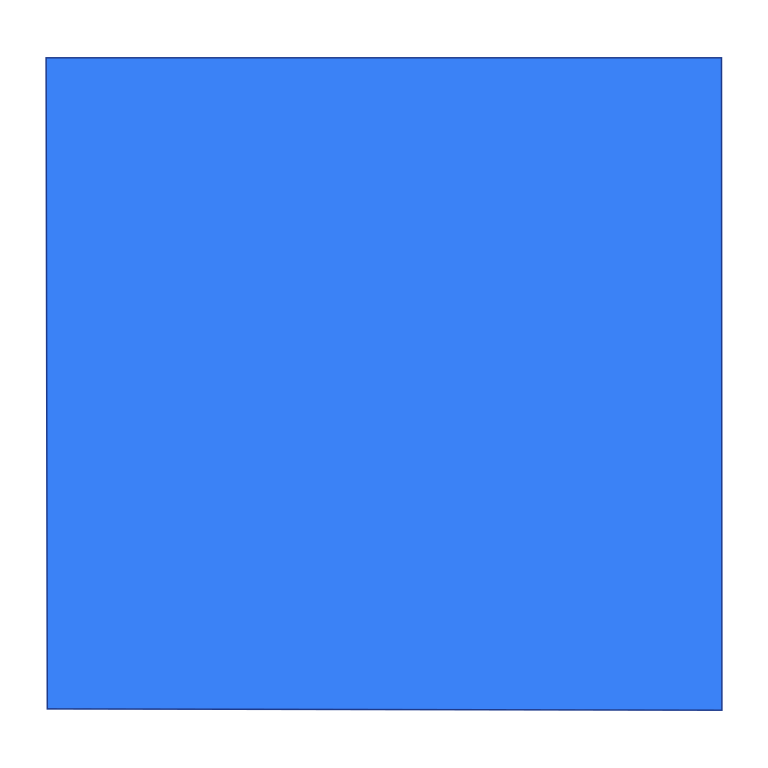 Grant, Kansas, United States of America (Robinson projection)
{"feature_id": "52423323B71975870729571", "entity_name": "Grant", "entity_type": "district", "adm_level": 2, "iso_a3": "USA", "parent_name": "United States of America", "parent_adm1": "Kansas", "projection": "robinson", "projection_center": [-101.235, 37.562], "detail": "fine", "context": "isolated", "style": "filled", "palette": "blue", "viewbox_px": 768, "rotation_deg": 0, "n_neighbors": 0, "source": "geoboundaries", "source_scale": "gbopen_adm2", "svg_char_len": 199}
<svg xmlns="http://www.w3.org/2000/svg" viewBox="0 0 768 768"><path d="M721.5,57.8L46.1,57.8L47.3,708.9L721.9,710.2L721.8,519.7L721.5,57.8Z" fill="#3b82f6" stroke="#1e3a8a" stroke-width="1.5"/></svg>